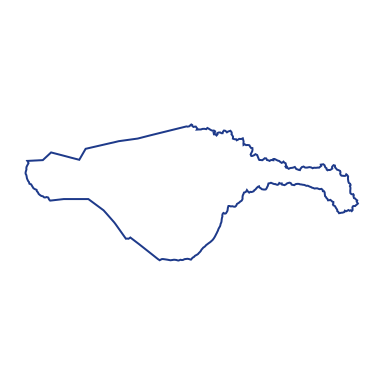 Ruy Barbosa, Bahia, Brazil, rotated 356°
{"feature_id": "56859067B94227809575863", "entity_name": "Ruy Barbosa", "entity_type": "district", "adm_level": 2, "iso_a3": "BRA", "parent_name": "Brazil", "parent_adm1": "Bahia", "projection": "mercator", "projection_center": [-40.44, -12.266], "detail": "fine", "context": "isolated", "style": "outline", "palette": "blue", "viewbox_px": 384, "rotation_deg": 356, "n_neighbors": 0, "source": "geoboundaries", "source_scale": "gbopen_adm2", "svg_char_len": 5582}
<svg xmlns="http://www.w3.org/2000/svg" viewBox="0 0 384 384"><g transform="rotate(356 192 192)"><path d="M193.8,254.2L194.5,253.4L195.5,252.6L196.6,251.5L197.5,250.1L198.5,249.2L199.3,248.3L200.4,247.7L201.4,247.0L202.2,246.1L203.3,245.4L204.5,244.6L205.6,243.9L206.8,243.2L207.8,242.4L209.1,241.4L210.2,240.2L211.2,238.9L212.3,237.2L213.3,235.5L213.9,234.6L214.4,233.6L215.2,232.3L215.7,231.0L216.6,229.5L217.6,228.1L218.0,227.0L218.4,225.6L219.0,224.6L219.4,223.3L219.7,221.5L220.1,219.9L220.6,218.6L220.6,217.3L221.0,216.1L221.9,215.1L223.3,215.9L224.4,215.6L225.2,214.5L226.1,213.1L226.4,211.7L226.7,210.2L227.4,208.5L228.6,208.6L229.7,209.1L231.2,209.0L232.6,209.5L233.8,209.7L234.8,209.1L235.5,208.1L236.0,207.1L237.3,206.4L238.4,205.8L239.3,205.0L240.8,204.2L241.7,203.0L242.0,201.9L242.0,200.7L242.4,199.0L243.2,197.6L243.8,196.2L245.5,195.8L246.3,194.9L246.9,193.9L247.9,195.5L249.0,196.6L250.2,195.9L251.5,196.2L253.5,195.6L254.4,194.5L255.4,194.0L256.2,193.1L257.0,192.3L258.1,191.4L259.3,191.0L259.6,192.2L260.7,192.9L261.9,194.1L264.0,194.6L265.7,194.6L266.6,193.7L267.2,192.5L268.0,191.3L268.5,189.8L268.9,188.8L270.1,188.7L271.4,188.3L272.6,188.9L273.6,189.4L274.6,189.8L275.7,189.9L276.7,190.5L278.0,190.8L278.9,190.3L279.7,189.1L280.8,189.8L282.1,189.7L282.2,190.8L283.4,191.2L284.8,191.6L286.5,190.8L287.3,190.1L288.6,189.7L290.1,189.5L291.3,190.2L291.9,191.6L293.2,192.0L294.5,192.3L295.9,191.4L297.6,191.2L299.3,191.4L300.3,191.9L301.6,192.1L303.0,192.5L304.6,192.8L306.5,193.8L307.9,193.8L309.9,194.9L311.1,195.4L311.9,196.0L313.1,196.4L314.5,197.1L315.8,197.0L317.3,197.1L318.5,197.7L319.6,198.1L321.3,197.9L322.4,198.9L322.6,200.3L323.7,200.4L324.3,201.6L324.3,203.1L324.4,204.3L324.5,205.5L325.3,206.4L325.8,207.5L326.6,208.3L327.1,209.8L328.2,209.8L329.5,209.5L330.5,210.5L331.4,211.5L332.3,211.8L332.2,213.2L331.7,214.1L332.1,215.2L333.0,215.6L333.8,216.3L334.3,217.6L334.9,218.6L335.6,219.9L335.6,221.2L336.6,222.1L337.2,223.4L338.3,223.3L339.4,223.1L340.8,223.1L342.4,222.7L343.2,221.3L344.2,222.0L345.2,221.7L346.8,220.9L347.9,221.7L349.1,221.3L350.0,222.2L350.9,221.3L351.0,220.0L350.9,218.7L351.4,217.6L352.5,217.2L353.7,217.4L354.8,216.5L355.7,215.9L356.7,215.1L355.6,213.0L356.2,211.9L355.1,211.0L354.2,209.8L353.2,209.4L352.8,207.7L353.2,206.4L352.7,205.4L351.7,205.6L350.6,205.0L349.9,204.1L349.9,202.9L350.0,201.4L350.3,199.6L350.3,198.2L349.9,197.1L350.7,196.1L350.3,194.8L349.1,193.9L348.7,192.5L348.6,191.1L348.5,189.9L348.6,188.7L348.8,187.3L347.8,185.7L347.1,185.1L346.3,186.5L345.0,186.6L343.9,186.4L342.2,186.1L341.4,185.1L341.1,183.9L341.5,182.6L341.2,181.3L339.7,180.4L338.2,179.8L337.4,178.6L336.5,177.5L336.4,175.6L335.1,175.1L334.1,176.0L333.4,176.9L333.6,178.4L332.3,179.2L331.1,179.7L329.7,179.5L328.7,179.8L327.9,179.0L327.9,177.8L326.7,176.7L326.1,174.6L325.0,173.5L323.4,173.6L322.4,173.7L322.7,175.0L321.4,175.9L320.4,176.6L319.4,176.4L318.3,176.5L317.0,176.5L315.4,176.3L314.0,176.7L312.8,175.9L311.2,175.4L309.7,175.5L308.4,175.7L306.5,175.5L305.1,174.4L303.4,174.8L301.9,176.3L301.2,177.7L300.0,177.4L299.0,176.9L297.6,176.3L296.9,175.1L296.3,174.2L294.7,174.7L293.4,174.9L292.2,174.9L291.2,175.1L290.1,175.6L289.0,174.7L287.6,174.3L287.1,173.3L288.2,173.0L287.5,171.9L287.6,170.8L287.3,169.8L286.1,169.1L285.4,168.1L284.6,168.7L283.5,169.2L282.2,168.2L281.1,167.1L279.6,166.6L278.0,165.6L276.6,164.8L275.5,164.8L275.4,166.0L273.6,165.6L272.5,165.8L271.6,166.4L270.3,165.7L269.0,165.3L268.4,163.7L266.9,163.4L265.6,164.4L264.3,165.2L262.8,164.9L261.4,164.8L260.9,163.8L260.2,161.7L259.6,159.7L257.9,158.7L256.6,159.6L254.9,160.2L253.7,160.2L253.1,158.7L253.9,157.2L254.9,155.6L255.3,154.1L255.3,152.4L253.9,152.1L253.1,150.8L252.5,149.4L251.0,149.0L249.2,149.0L247.8,148.0L246.7,148.6L246.7,147.1L247.0,145.3L246.8,144.0L246.4,142.0L244.8,142.6L242.8,142.3L241.3,143.1L240.2,143.5L239.7,142.5L238.0,142.3L236.5,141.6L236.8,139.7L236.1,138.2L235.4,137.2L235.8,136.0L235.5,134.9L234.6,133.6L233.1,134.0L232.0,134.3L231.0,134.9L230.3,134.1L229.5,133.3L228.2,132.9L227.2,133.9L226.6,135.5L225.5,135.4L224.3,134.6L222.6,134.5L221.3,135.1L221.5,136.2L220.4,137.3L219.4,136.1L217.9,136.0L217.7,134.4L218.8,134.3L219.3,133.1L218.1,132.2L216.7,132.3L215.3,131.6L214.3,130.9L213.1,130.0L211.8,129.2L210.6,130.3L208.6,129.8L206.7,129.8L205.5,130.2L204.2,130.2L202.8,130.1L201.2,130.1L201.8,129.2L201.2,128.4L200.3,127.0L199.0,127.0L198.0,127.2L196.9,126.2L196.9,125.2L196.0,124.6L195.1,125.2L194.1,126.2L192.2,126.5L191.0,126.2L154.2,132.6L141.6,134.9L122.4,136.2L120.0,136.6L117.1,137.1L114.3,137.5L88.9,141.5L81.8,152.0L74.0,149.4L66.1,146.7L54.2,142.7L45.4,149.8L29.9,149.5L30.6,150.8L30.9,151.9L30.2,152.9L29.4,154.2L28.7,155.4L28.4,156.6L28.4,158.0L27.9,159.3L27.4,160.7L27.3,162.2L27.9,163.5L28.1,164.9L28.3,166.9L28.8,168.3L29.3,169.6L30.1,170.8L30.4,172.4L32.1,173.2L33.0,175.1L33.6,176.2L34.1,177.2L35.5,178.2L37.1,179.0L37.3,180.4L38.2,181.5L38.9,183.2L40.0,184.3L41.4,185.4L43.0,185.9L44.2,187.1L45.3,187.2L46.6,186.9L48.2,187.5L48.9,189.5L49.9,190.7L63.7,190.1L88.1,191.8L102.5,204.1L105.0,207.3L112.3,216.9L113.6,218.9L122.8,234.0L123.9,233.9L125.3,234.2L126.4,233.7L127.3,233.1L135.4,240.2L147.5,251.2L153.3,256.5L155.0,257.8L156.3,257.2L157.4,256.8L158.5,256.9L159.5,257.1L160.9,257.4L163.1,257.9L165.7,258.6L167.3,258.5L169.3,258.3L170.5,258.5L171.6,258.7L172.8,259.2L173.9,259.4L175.8,258.8L177.2,259.2L178.4,259.1L179.8,258.5L181.2,258.4L182.8,258.3L184.1,258.6L185.1,259.0L186.2,259.4L187.1,258.5L188.1,257.5L189.3,257.0L190.6,255.8L192.4,255.0L193.8,254.2Z" fill="none" stroke="#1e3a8a" stroke-width="2"/></g></svg>